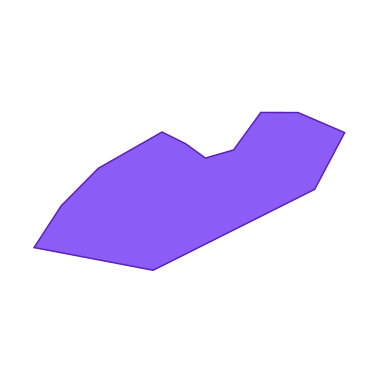 an SVG outline of Chiesanuova, rotated 306°
{"feature_id": "SMR-4891", "entity_name": "Chiesanuova", "entity_type": "state/province", "adm_level": 1, "iso_a3": "SMR", "parent_name": "San Marino", "parent_adm1": "", "projection": "orthographic", "projection_center": [12.421, 43.905], "detail": "fine", "context": "isolated", "style": "filled", "palette": "violet", "viewbox_px": 384, "rotation_deg": 306, "n_neighbors": 0, "source": "natural_earth", "source_scale": "10m", "svg_char_len": 336}
<svg xmlns="http://www.w3.org/2000/svg" viewBox="0 0 384 384"><g transform="rotate(306 192 192)"><path d="M329.8,280.6L266.3,289.7L221.5,266.5L105.8,206.5L54.2,96.9L104.1,94.3L156.2,102.3L222.9,132.5L227.3,158.7L227.3,182.8L250.4,200.9L296.8,200.9L318.6,231.1L329.8,280.6Z" fill="#8b5cf6" stroke="#5b21b6" stroke-width="1.5"/></g></svg>